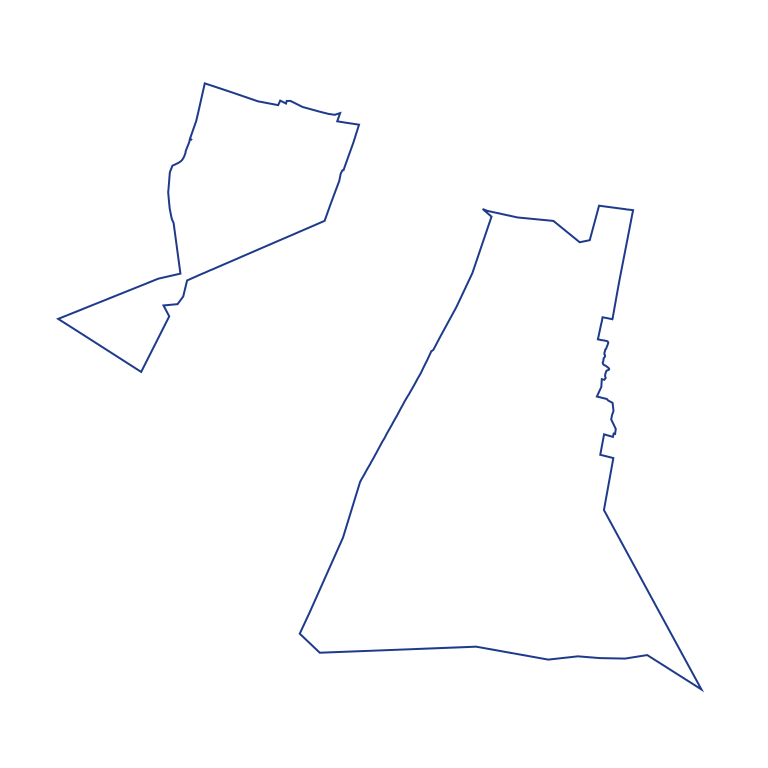 San Bartolo Coyotepec, Oaxaca, Mexico (Robinson projection), rotated 92°
{"feature_id": "50627088B215944701539", "entity_name": "San Bartolo Coyotepec", "entity_type": "district", "adm_level": 2, "iso_a3": "MEX", "parent_name": "Mexico", "parent_adm1": "Oaxaca", "projection": "robinson", "projection_center": [-96.712, 16.934], "detail": "fine", "context": "isolated", "style": "outline", "palette": "blue", "viewbox_px": 768, "rotation_deg": 92, "n_neighbors": 0, "source": "geoboundaries", "source_scale": "gbopen_adm2", "svg_char_len": 3355}
<svg xmlns="http://www.w3.org/2000/svg" viewBox="0 0 768 768"><g transform="rotate(92 384 384)"><path d="M636.5,459.5L654.8,438.8L652.9,412.8L643.3,282.8L653.7,210.2L649.4,180.7L650.4,158.7L650.0,133.5L645.7,111.5L678.2,56.1L601.3,101.5L502.3,159.8L450.0,152.2L447.2,165.4L426.6,162.3L428.9,153.4L425.5,152.7L425.8,151.3L420.8,150.8L411.5,155.7L407.0,155.0L402.9,153.7L394.9,154.9L392.6,159.5L391.2,160.8L389.1,170.8L379.3,166.7L371.6,166.5L372.1,164.0L370.6,162.9L370.0,162.7L368.9,163.2L368.0,163.3L366.3,163.2L364.4,162.6L364.2,162.6L363.8,162.4L363.2,162.2L362.7,161.6L362.3,160.6L362.0,159.9L361.2,159.5L360.6,159.7L359.4,161.1L358.3,162.7L357.7,163.9L357.5,164.5L356.9,165.3L356.4,165.7L356.3,165.8L356.2,165.9L355.0,166.2L353.5,165.6L350.7,165.4L348.7,164.0L347.5,164.2L346.3,164.9L344.9,164.7L343.7,164.4L342.2,164.1L341.7,164.0L341.6,163.8L341.1,163.3L341.0,163.2L339.8,162.9L337.9,162.2L336.8,161.8L336.4,161.7L334.8,161.3L334.7,161.4L334.0,161.8L333.5,162.1L332.9,165.1L332.8,165.4L332.7,167.0L332.6,167.9L331.9,171.8L324.1,170.4L317.3,169.2L313.8,168.5L309.7,167.9L310.3,163.8L311.0,159.8L311.2,158.2L311.3,158.0L311.1,157.9L300.4,156.4L281.5,153.7L270.7,152.1L229.2,145.5L206.9,142.0L201.6,141.1L201.2,145.1L201.2,146.0L201.2,146.6L201.1,147.3L200.9,148.6L199.6,162.0L198.3,175.3L233.1,183.4L235.5,193.4L215.1,220.4L212.9,256.3L207.4,286.7L205.7,291.5L213.0,282.4L270.2,299.6L304.5,314.3L316.9,320.5L334.9,329.5L348.2,335.9L349.7,337.9L359.0,341.8L361.7,343.1L364.4,344.3L367.0,345.5L369.8,346.7L372.5,347.9L375.1,349.3L377.1,350.4L379.8,351.7L381.8,352.7L384.0,353.8L388.4,356.1L391.0,357.5L393.6,358.8L395.0,359.7L398.3,361.5L400.5,362.7L403.2,364.0L405.8,365.3L407.7,366.3L410.6,367.7L413.0,368.9L415.9,370.3L420.0,372.5L425.6,375.3L429.0,377.1L430.8,378.0L433.2,379.3L435.4,380.3L438.5,381.8L441.2,383.4L442.4,384.0L444.2,384.9L446.5,386.0L449.1,387.3L452.0,388.7L453.6,389.5L455.7,390.6L457.3,391.3L459.9,392.7L462.5,394.1L464.9,395.2L466.5,396.1L469.8,397.9L472.8,399.4L475.8,400.9L480.3,403.3L482.8,404.5L538.9,419.6L614.3,450.1L636.5,459.5ZM127.5,580.8L145.5,586.4L146.4,585.2L146.6,585.4L146.1,586.4L147.1,586.8L148.8,587.0L151.7,588.0L154.1,588.9L156.6,589.8L158.7,590.4L159.8,590.4L161.5,591.0L163.2,591.5L165.2,592.4L166.7,593.3L168.0,594.3L169.3,595.9L170.2,597.2L171.0,598.8L171.8,600.2L172.7,602.1L173.2,603.0L174.0,603.4L175.7,603.9L177.8,604.7L179.4,605.2L180.8,605.5L182.5,605.5L185.8,605.7L189.1,605.8L190.8,605.9L197.3,606.2L199.7,606.4L211.0,605.0L216.0,604.3L217.1,604.1L226.3,601.9L230.4,599.9L280.8,591.3L286.6,613.2L330.3,711.9L347.9,682.0L380.4,627.1L323.9,601.0L313.2,607.1L311.4,593.1L303.5,587.7L287.4,584.4L283.4,576.2L281.2,571.7L280.0,569.2L279.0,566.9L278.0,564.9L276.7,562.3L275.8,560.2L274.7,557.9L270.5,549.1L260.3,527.6L259.9,526.8L253.2,512.7L234.2,472.6L223.0,449.0L222.6,448.9L206.2,443.7L192.7,439.2L182.6,435.8L175.3,434.6L171.9,433.0L171.7,431.9L166.5,430.3L143.7,423.0L125.7,418.0L125.3,421.6L125.0,424.0L124.7,426.8L124.5,428.5L124.3,430.4L123.9,433.4L123.4,437.5L123.2,439.1L123.1,439.9L114.8,437.3L116.2,441.3L116.7,442.5L116.5,444.4L116.0,448.9L114.6,455.4L113.9,458.6L111.2,469.9L110.0,475.0L107.3,480.9L104.4,487.3L104.5,491.1L107.1,491.7L104.4,497.6L109.0,499.5L105.9,519.8L97.3,548.1L89.8,573.6L121.5,579.6L122.8,579.9L127.5,580.8Z" fill="none" stroke="#1e3a8a" stroke-width="2"/></g></svg>